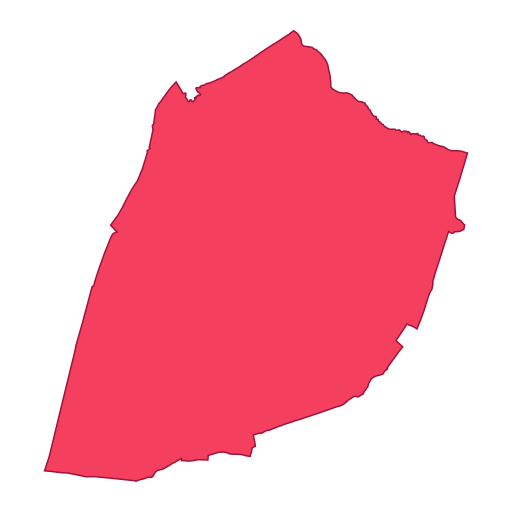 Gavanesti, Olt, Romania
{"feature_id": "2599482B13192402804767", "entity_name": "Gavanesti", "entity_type": "district", "adm_level": 2, "iso_a3": "ROU", "parent_name": "Romania", "parent_adm1": "Olt", "projection": "orthographic", "projection_center": [24.014, 44.415], "detail": "fine", "context": "isolated", "style": "filled", "palette": "rose", "viewbox_px": 512, "rotation_deg": 0, "n_neighbors": 0, "source": "geoboundaries", "source_scale": "gbopen_adm2", "svg_char_len": 5976}
<svg xmlns="http://www.w3.org/2000/svg" viewBox="0 0 512 512"><path d="M135.9,481.3L139.5,479.8L144.4,478.7L147.3,477.4L148.3,477.3L151.0,477.4L151.9,477.1L153.0,476.2L154.6,473.3L155.5,472.0L156.7,471.0L158.0,470.3L162.7,469.2L167.8,466.3L171.5,464.0L176.1,461.5L181.4,458.5L181.6,460.7L183.4,460.6L186.5,460.9L188.8,461.0L191.4,460.9L196.0,460.2L197.3,459.7L203.4,459.8L207.9,460.0L208.2,455.4L217.6,452.6L220.4,452.1L223.4,452.1L225.7,452.3L229.5,453.9L231.5,454.1L240.0,454.4L241.9,454.6L246.6,455.9L250.3,456.3L250.7,454.3L251.5,451.4L252.0,449.0L252.3,447.9L253.0,447.3L255.4,446.3L254.8,442.3L253.9,438.1L253.4,434.8L254.2,434.7L258.9,433.3L260.2,433.1L261.6,433.2L262.5,432.9L265.5,431.0L267.1,430.4L269.3,430.2L278.8,426.3L281.0,425.7L284.2,424.4L292.3,421.8L295.5,420.6L300.0,419.3L314.4,414.5L318.5,413.2L324.2,411.1L328.8,409.6L332.0,408.4L336.9,406.7L339.8,406.0L342.9,404.7L346.2,402.1L348.4,400.1L350.2,398.8L354.3,396.3L354.9,396.2L355.9,396.4L357.0,396.8L358.2,396.9L359.1,396.4L360.9,395.2L362.8,394.3L363.3,393.8L363.8,392.5L364.5,391.3L367.5,387.1L368.0,386.1L368.3,384.7L368.7,383.3L369.5,381.8L370.5,380.4L371.1,379.2L371.9,378.3L374.3,376.7L377.7,375.5L380.0,375.1L380.7,374.7L382.7,374.2L383.3,373.6L384.5,371.2L385.3,370.7L387.4,369.0L386.9,368.4L388.5,366.0L392.1,360.9L394.4,357.9L397.7,353.2L399.6,350.7L402.8,346.7L401.6,345.8L396.0,340.6L397.8,337.9L402.4,331.1L406.9,324.2L410.0,325.4L411.2,325.7L412.5,326.3L414.3,327.2L417.0,328.9L419.9,321.6L423.8,311.2L426.5,302.6L427.4,299.3L429.1,294.6L429.8,292.8L430.4,291.6L431.7,289.7L432.1,288.4L432.9,284.4L432.8,281.7L433.0,280.6L434.0,277.5L434.8,274.3L441.1,254.8L441.7,253.1L442.2,251.2L448.6,231.5L450.7,232.8L451.9,233.2L453.2,233.2L454.0,232.5L454.4,231.8L458.1,231.6L459.9,231.3L463.8,229.4L464.0,228.6L464.3,226.3L464.7,224.9L463.7,224.1L460.5,220.5L459.2,219.8L457.8,219.3L456.8,218.5L455.6,217.1L454.3,196.0L460.0,178.2L467.5,153.0L466.3,152.9L464.7,152.2L461.9,151.3L456.3,150.6L452.2,150.8L451.3,150.7L447.4,149.2L445.4,147.8L444.4,147.2L443.0,146.6L442.2,146.4L440.4,146.1L439.0,145.6L437.8,145.4L435.3,144.2L433.5,143.7L432.8,142.8L432.4,142.6L431.8,142.4L430.3,142.6L428.7,142.6L428.1,142.5L427.4,142.1L427.2,141.4L427.2,140.8L426.9,140.2L425.4,139.6L424.6,138.7L424.3,138.3L424.2,137.8L424.2,136.9L424.0,136.4L423.6,136.2L423.0,136.1L421.7,136.2L421.3,136.1L421.0,136.0L420.6,135.5L420.3,135.3L419.0,135.3L418.3,135.2L418.1,134.7L418.1,133.9L418.0,133.7L417.8,133.5L417.5,133.5L416.0,134.0L414.9,133.7L414.1,134.1L413.7,134.0L412.8,133.6L412.3,133.7L411.8,133.8L411.6,134.2L411.1,134.5L410.8,134.6L410.6,134.5L410.2,133.6L410.0,133.4L409.8,132.6L409.6,132.4L408.8,131.8L408.5,131.8L407.8,132.6L407.6,132.6L407.3,132.6L407.1,131.6L406.7,131.3L404.2,131.1L403.6,131.1L402.6,131.8L402.1,131.8L401.5,131.7L400.6,131.2L400.2,130.9L400.1,130.5L399.7,130.0L399.3,129.9L397.4,130.1L396.2,130.4L395.8,130.2L395.5,129.9L395.3,129.5L395.0,129.3L394.5,129.2L390.6,129.3L389.0,129.0L388.0,128.4L387.3,128.2L386.9,128.0L385.7,127.0L384.3,126.3L384.0,125.9L383.2,124.6L381.9,124.2L381.5,123.4L381.2,123.1L380.2,122.8L379.9,122.5L379.8,121.7L379.6,121.6L378.8,121.5L378.5,121.3L378.2,120.6L378.3,119.9L378.1,119.5L378.0,119.3L376.9,119.3L376.4,119.2L376.3,118.9L376.3,118.2L376.6,117.2L376.4,116.9L376.1,116.6L375.4,116.4L374.1,116.3L373.6,116.0L372.6,115.0L372.2,114.0L371.3,112.9L370.9,112.3L370.6,111.1L369.7,109.6L368.3,108.7L368.1,108.3L368.0,107.2L367.7,106.7L367.0,106.2L366.3,105.3L365.4,104.8L365.2,104.5L365.2,103.6L365.0,103.2L363.3,102.4L360.8,101.7L359.1,101.5L357.6,100.9L354.9,98.3L352.7,95.9L352.2,95.1L348.9,93.5L347.9,93.1L347.1,92.9L342.3,93.0L340.9,92.9L338.6,92.2L337.6,91.9L333.3,89.5L331.5,87.7L331.1,87.3L330.8,86.7L330.8,86.2L330.7,85.4L330.8,84.3L330.7,81.0L330.6,80.5L330.2,78.3L330.2,76.1L330.0,75.3L328.4,68.5L327.8,65.0L327.3,63.8L326.4,61.5L324.9,59.0L323.7,57.8L322.5,55.9L321.1,54.2L320.5,53.6L319.5,52.5L318.2,51.7L317.3,50.6L315.8,49.4L314.9,49.3L314.0,48.9L313.3,48.5L312.4,47.5L311.7,47.2L310.2,47.1L309.2,46.8L305.8,46.4L304.0,46.1L303.4,45.8L302.2,44.8L301.6,43.7L301.5,43.0L301.4,41.6L300.9,39.1L299.3,36.0L297.3,33.4L293.8,30.7L290.4,33.1L289.4,34.1L283.1,38.0L277.8,41.6L271.7,45.3L263.2,50.9L262.2,51.5L258.3,54.3L254.7,56.7L254.2,57.3L253.7,57.6L253.0,58.0L248.3,61.1L243.3,64.0L239.4,66.8L235.0,69.4L233.3,70.4L231.7,71.5L227.9,73.5L227.3,74.1L225.5,75.1L223.9,76.4L224.2,76.6L221.9,77.8L219.3,78.7L214.7,80.9L211.6,82.2L208.4,83.3L207.0,83.4L205.9,84.0L203.9,85.3L202.4,85.3L201.9,85.7L200.6,86.1L200.2,86.4L200.2,87.6L196.3,87.7L196.1,88.0L196.0,88.3L196.1,88.9L196.9,90.4L197.2,91.2L197.5,91.6L200.4,94.1L200.4,94.7L200.3,95.1L199.8,95.6L199.6,95.7L198.4,95.0L197.9,95.3L197.8,95.6L197.2,96.2L196.4,96.2L196.1,96.7L196.4,97.7L196.3,97.9L196.1,98.1L195.5,97.9L195.1,97.6L194.7,97.7L194.6,97.9L194.7,98.2L194.9,98.5L195.1,98.9L195.0,99.6L194.8,99.9L194.3,100.3L193.1,101.7L192.7,101.8L192.4,101.7L192.1,101.3L191.7,100.5L191.3,100.0L191.1,99.8L190.4,99.9L189.7,100.3L189.6,100.6L189.4,101.8L189.0,101.9L188.2,101.5L187.1,99.3L186.0,97.8L185.6,96.9L185.5,95.9L185.8,95.1L185.9,94.4L185.9,93.7L185.8,93.2L185.3,93.1L182.9,93.5L180.5,89.1L176.5,82.6L176.1,81.9L172.0,86.3L170.2,88.5L168.7,90.3L161.2,100.8L160.0,102.5L159.0,103.3L158.3,104.7L157.0,107.4L155.7,109.4L155.4,110.0L155.1,113.2L155.0,114.6L154.3,118.7L154.2,119.8L154.0,120.8L153.9,123.5L152.3,125.7L152.3,126.4L152.7,127.9L153.0,129.8L149.2,147.4L150.1,148.2L148.7,149.6L147.1,150.8L147.2,151.8L147.4,152.5L142.6,168.2L138.3,178.8L136.8,182.0L135.5,183.5L131.5,189.8L125.3,201.4L122.4,207.4L118.4,214.5L110.6,225.2L117.0,232.0L115.3,232.5L113.7,233.3L112.4,234.4L110.5,238.2L104.6,253.0L98.2,270.9L94.6,282.1L94.1,284.5L93.5,285.8L93.1,286.3L92.1,286.5L91.0,290.9L81.8,325.1L76.3,344.3L74.4,353.2L63.2,398.9L49.3,456.3L44.5,470.8L51.6,471.5L60.9,472.6L67.5,473.0L79.8,475.4L86.1,476.8L93.9,476.6L110.1,478.1L135.4,480.8L135.9,481.3Z" fill="#f43f5e" stroke="#9f1239" stroke-width="1.5"/></svg>